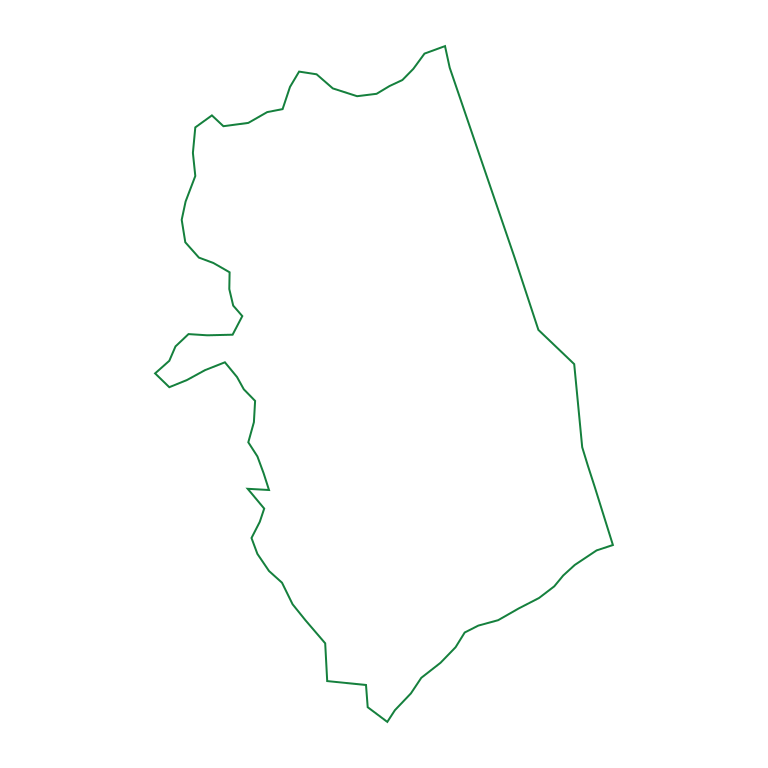 Coité do Nóia, Alagoas, Brazil (orthographic projection)
{"feature_id": "56859067B710656969786", "entity_name": "Coité do Nóia", "entity_type": "district", "adm_level": 2, "iso_a3": "BRA", "parent_name": "Brazil", "parent_adm1": "Alagoas", "projection": "orthographic", "projection_center": [-36.593, -9.632], "detail": "fine", "context": "isolated", "style": "outline", "palette": "green", "viewbox_px": 768, "rotation_deg": 0, "n_neighbors": 0, "source": "geoboundaries", "source_scale": "gbopen_adm2", "svg_char_len": 1135}
<svg xmlns="http://www.w3.org/2000/svg" viewBox="0 0 768 768"><path d="M387.3,721.9L394.9,710.2L410.9,693.4L421.3,677.8L440.5,662.8L455.6,647.2L464.7,632.5L478.3,625.6L498.1,620.2L518.6,608.5L539.0,598.0L554.3,586.3L563.2,575.5L574.7,565.0L596.6,550.4L612.9,545.0L594.6,486.5L587.8,465.5L582.2,447.2L580.7,431.6L574.2,364.1L538.4,329.9L514.7,257.9L479.9,156.2L449.7,67.7L445.0,46.1L424.5,53.6L413.3,68.9L402.4,80.0L389.6,86.0L376.6,93.8L357.1,96.2L332.8,88.4L316.6,74.3L299.1,71.6L290.0,86.9L282.6,109.1L267.2,112.1L248.3,122.9L223.4,126.2L211.9,115.4L195.3,127.4L192.9,152.9L195.3,176.0L185.6,201.5L181.7,219.8L185.3,242.3L198.9,257.6L213.4,263.0L229.6,272.3L229.3,289.1L233.2,305.6L242.3,316.1L232.6,334.7L207.4,335.3L188.5,334.1L175.5,346.4L169.3,360.8L155.1,373.4L169.3,387.2L187.0,380.0L205.1,370.1L224.9,362.3L237.0,377.0L243.8,389.3L255.1,400.9L253.9,422.2L248.3,442.3L257.4,456.4L263.6,473.2L269.0,490.0L247.7,488.8L264.2,508.6L259.8,521.8L251.5,538.0L257.4,553.9L269.0,571.0L282.0,582.7L292.6,604.3L305.4,620.2L325.2,643.3L327.2,681.1L366.0,685.0L367.7,707.2L387.3,721.9Z" fill="none" stroke="#15803d" stroke-width="2"/></svg>